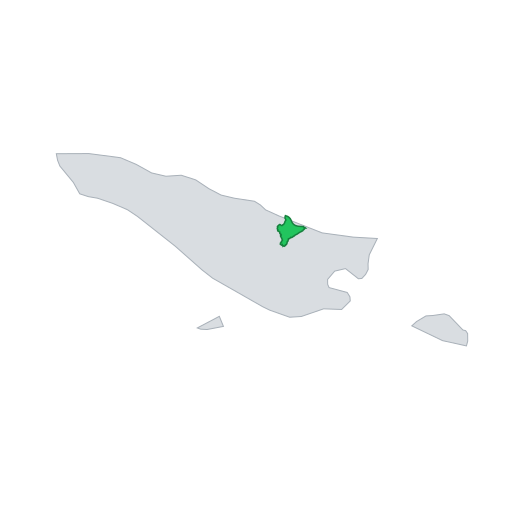 Hatu-Udo, Ainaro, East Timor (highlighted), rotated 221°
{"feature_id": "22284137B3809405900530", "entity_name": "Hatu-Udo", "entity_type": "district", "adm_level": 2, "iso_a3": "TLS", "parent_name": "East Timor", "parent_adm1": "Ainaro", "projection": "orthographic", "projection_center": [125.605, -9.116], "detail": "fine", "context": "in_parent", "style": "filled", "palette": "green", "viewbox_px": 512, "rotation_deg": 221, "n_neighbors": 0, "source": "geoboundaries", "source_scale": "gbopen_adm2", "svg_char_len": 4998}
<svg xmlns="http://www.w3.org/2000/svg" viewBox="0 0 512 512"><g transform="rotate(221 256 256)"><path d="M175.9,348.8L171.3,331.2L166.4,323.7L162.5,319.4L161.2,314.0L161.4,308.5L163.8,306.0L180.2,305.2L186.7,296.2L186.6,285.3L183.3,281.6L180.1,280.1L163.2,288.3L158.3,286.8L155.4,283.9L156.3,271.8L170.3,260.5L182.1,240.1L190.4,231.9L209.9,224.2L217.7,222.1L274.2,210.8L287.7,210.1L323.5,210.4L371.5,208.1L383.3,206.6L398.7,201.7L413.6,195.6L421.5,190.8L429.8,187.3L442.1,191.7L463.0,195.2L468.6,198.1L473.8,202.2L449.4,223.6L422.7,241.3L406.3,246.6L389.3,250.2L376.3,257.1L365.4,267.9L351.4,273.9L335.7,275.9L322.3,279.1L310.1,285.5L293.1,296.3L286.2,297.4L279.0,297.1L264.9,301.3L221.3,316.8L194.9,334.1L175.9,348.8ZM38.2,326.2L59.7,314.5L92.6,305.5L91.8,312.0L88.4,322.3L83.5,327.1L76.0,335.8L71.1,337.7L51.3,335.9L48.8,337.2L45.4,336.3L40.4,330.7L38.2,326.2ZM253.1,163.2L244.1,186.4L234.4,181.5L244.7,168.4L249.7,164.5L253.1,163.2Z" fill="#d9dde1" stroke="#a8b0b8" stroke-width="1"/><path d="M238.9,301.4L238.7,301.9L238.6,302.2L238.3,303.3L237.9,303.9L237.8,304.3L237.8,304.7L237.7,304.8L237.5,305.1L237.4,305.3L237.3,305.5L237.3,306.2L237.5,306.8L237.5,307.2L237.3,307.3L237.2,307.4L237.2,307.6L237.3,307.8L237.3,308.0L237.2,308.1L237.2,308.3L237.3,308.4L237.5,308.5L237.4,308.7L237.4,308.8L237.5,308.8L237.5,309.0L237.4,309.1L237.2,309.3L237.0,309.5L236.9,309.6L237.2,309.6L237.3,309.5L237.5,309.5L237.7,309.4L237.8,309.3L238.1,309.3L238.3,309.2L238.5,309.2L239.0,309.1L239.4,309.2L239.5,309.3L239.6,309.2L239.8,309.0L240.1,308.8L240.5,308.5L240.8,308.3L241.2,308.0L241.4,307.9L241.7,307.6L241.9,307.5L242.0,307.4L242.4,307.1L242.8,306.8L242.9,306.7L243.1,306.6L243.7,306.1L244.4,305.7L244.7,305.6L245.3,305.3L245.5,305.2L245.9,305.0L246.1,304.9L246.3,304.9L247.1,304.7L247.9,304.6L248.3,304.6L248.6,304.6L248.9,304.6L249.5,304.7L250.1,304.8L250.5,304.9L250.8,305.0L251.4,305.3L251.9,305.5L252.1,305.6L252.3,305.7L253.2,306.1L253.7,306.3L254.1,306.4L254.2,306.5L254.5,306.6L255.0,306.7L255.5,306.7L255.8,306.8L256.1,306.7L256.3,306.8L256.5,306.8L257.0,306.8L257.4,306.7L257.8,306.7L258.3,306.6L258.5,306.4L259.0,306.2L259.6,306.0L259.8,306.0L260.0,306.0L260.2,305.9L260.3,305.8L259.8,304.7L259.7,304.5L259.6,304.4L259.2,303.9L259.1,303.7L258.9,303.6L257.9,303.2L257.5,303.0L257.2,302.9L257.0,302.7L256.9,302.5L256.9,302.4L256.9,302.2L256.9,301.9L256.8,301.2L256.6,300.7L256.2,299.9L256.2,299.7L256.1,299.3L255.9,298.3L255.9,297.8L255.9,297.7L256.0,297.5L256.2,297.2L256.3,297.0L256.3,296.8L256.3,296.7L256.2,296.3L256.4,296.1L256.5,296.0L256.5,295.9L256.9,295.7L257.0,295.6L257.3,295.6L257.5,295.6L258.3,295.6L258.5,295.5L258.6,295.4L258.8,295.3L258.8,295.2L259.1,294.2L259.1,293.5L259.1,293.4L259.1,293.0L259.2,292.8L259.1,292.7L259.1,292.4L259.1,292.2L258.9,292.1L258.7,292.0L258.5,291.9L258.3,291.7L258.3,291.4L258.3,291.2L258.2,291.1L258.1,290.8L257.6,290.5L257.5,290.4L257.4,290.3L256.9,290.3L256.7,290.2L256.7,289.8L256.6,289.7L256.4,289.5L256.3,289.4L256.2,289.4L255.8,289.2L255.7,289.2L255.5,289.3L255.3,289.4L255.1,289.6L254.9,289.6L254.6,289.5L254.4,289.5L254.2,289.6L253.9,289.7L253.7,289.5L253.5,289.3L253.1,289.0L252.9,288.9L252.8,288.7L252.7,288.6L252.4,288.6L251.9,288.8L251.7,288.8L251.4,288.7L251.4,288.4L251.3,288.2L251.2,288.2L251.0,288.3L250.8,288.4L250.7,288.4L250.6,288.2L250.8,287.9L250.8,287.7L250.7,287.4L250.7,287.2L250.3,287.0L249.8,286.9L249.2,286.6L248.9,286.4L248.5,286.3L248.3,286.4L248.2,286.4L247.6,285.9L247.0,285.5L246.8,285.5L246.6,285.3L246.4,285.3L246.3,285.1L246.3,284.9L246.3,284.7L246.3,284.4L246.4,284.2L246.4,283.7L246.2,283.5L246.2,283.4L246.0,283.2L246.0,282.9L245.9,282.9L245.9,282.6L246.0,282.5L245.9,282.3L245.9,282.2L246.0,282.0L245.9,281.9L246.0,281.8L246.0,281.7L245.7,281.5L245.7,281.4L245.3,281.2L245.2,281.1L245.2,280.9L244.7,281.0L244.3,280.9L244.1,280.9L243.8,281.0L243.7,281.1L243.4,281.4L243.4,281.5L243.3,281.4L243.2,281.4L243.0,281.2L242.9,281.2L242.7,281.3L242.5,281.5L242.4,281.5L242.3,281.4L242.3,281.5L242.2,281.6L241.9,281.5L241.7,281.7L241.4,281.7L241.2,281.7L241.1,281.8L241.1,282.1L240.9,282.5L240.9,282.9L240.8,283.0L240.6,283.3L240.7,283.5L240.9,283.6L241.0,283.6L241.1,283.8L241.0,284.0L240.8,284.2L240.7,284.5L240.7,285.0L240.7,285.5L240.8,285.6L241.0,285.7L241.1,285.9L241.1,286.1L241.3,286.5L241.6,286.8L241.7,287.0L241.7,287.4L241.8,287.5L241.7,287.7L241.6,288.0L241.8,288.4L241.9,288.5L242.1,288.9L242.1,289.0L242.2,289.3L242.3,289.4L242.4,289.6L242.4,289.8L242.5,290.0L242.8,290.1L242.8,290.3L242.7,290.4L242.7,290.5L242.3,290.8L242.2,291.0L242.0,291.4L242.0,292.0L242.1,292.3L242.1,292.5L242.1,292.8L241.9,293.0L241.7,293.1L241.4,293.1L241.2,293.3L240.9,294.1L240.9,294.5L240.7,294.8L240.8,295.1L240.7,295.4L240.6,295.6L240.5,295.8L240.5,296.2L240.4,296.3L240.2,296.4L240.2,296.5L240.2,297.2L240.2,297.5L240.1,297.9L240.0,298.1L239.9,298.2L239.7,298.7L239.4,299.2L239.4,299.3L239.3,299.6L239.3,299.8L239.0,300.7L239.0,300.9L239.0,301.1L238.9,301.4Z" fill="#22c55e" stroke="#15803d" stroke-width="1.5"/></g></svg>